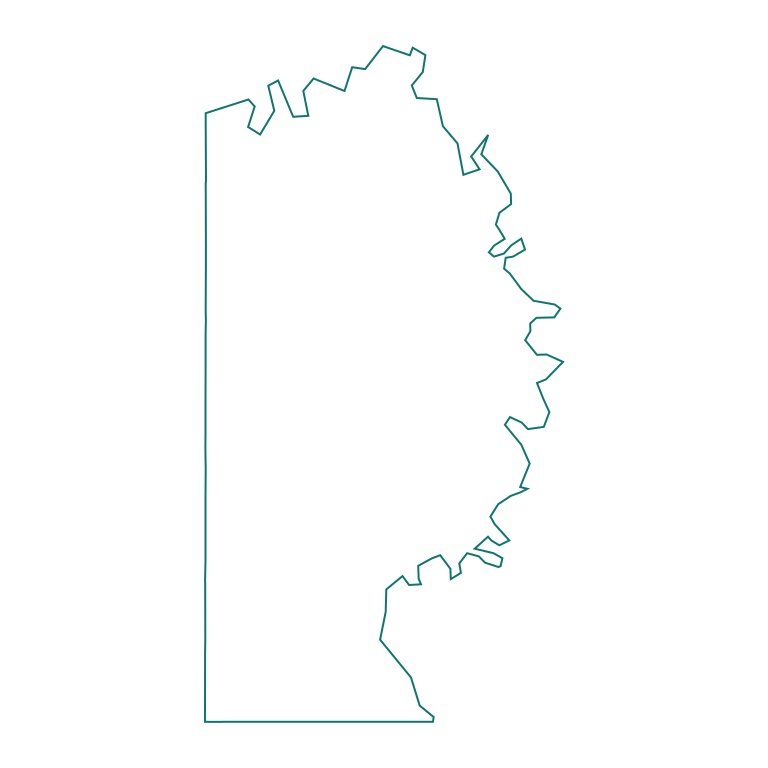 Miller, Arkansas, United States of America
{"feature_id": "52423323B19087014841162", "entity_name": "Miller", "entity_type": "district", "adm_level": 2, "iso_a3": "USA", "parent_name": "United States of America", "parent_adm1": "Arkansas", "projection": "albers", "projection_center": [-93.844, 33.315], "detail": "fine", "context": "isolated", "style": "outline", "palette": "teal", "viewbox_px": 768, "rotation_deg": 0, "n_neighbors": 0, "source": "geoboundaries", "source_scale": "gbopen_adm2", "svg_char_len": 1851}
<svg xmlns="http://www.w3.org/2000/svg" viewBox="0 0 768 768"><path d="M423.7,721.8L432.9,721.8L433.7,717.1L419.7,705.6L411.0,677.5L380.1,639.7L385.7,611.8L386.3,589.4L402.5,576.1L409.1,585.0L421.0,584.3L418.7,578.9L418.2,565.8L431.8,558.4L440.2,555.2L450.4,568.8L450.8,579.1L460.9,572.9L459.3,563.4L467.1,553.2L478.9,556.4L485.1,562.7L498.4,567.0L500.6,566.1L502.4,558.2L493.5,553.2L474.7,548.7L488.0,536.7L491.5,540.6L499.3,545.3L509.3,540.4L494.6,524.1L490.4,516.6L498.2,504.2L510.7,495.9L520.8,492.2L527.4,488.8L520.2,487.0L529.7,463.6L521.3,444.7L504.9,424.8L510.0,417.1L521.8,422.6L527.9,429.1L543.8,426.9L549.4,412.1L543.3,398.8L537.0,383.0L546.0,379.4L563.0,361.9L546.6,354.5L536.9,354.8L525.2,340.2L530.4,331.1L530.2,323.5L536.4,317.8L554.3,317.4L560.4,308.6L554.7,304.5L533.6,300.8L521.3,289.1L509.8,273.5L504.1,268.7L505.7,257.8L513.1,256.6L525.0,249.6L521.3,238.6L511.2,245.4L503.9,253.6L493.9,256.6L488.9,252.3L494.2,245.5L504.7,238.8L499.3,229.7L495.9,224.6L499.4,212.8L511.1,204.1L510.8,193.6L497.7,171.4L481.3,154.3L488.2,134.9L471.2,156.5L479.6,169.3L463.4,174.8L457.5,143.4L442.9,126.2L436.8,99.2L416.8,98.0L411.8,85.5L422.8,72.0L425.4,55.1L412.7,47.7L409.8,55.3L383.0,46.1L365.1,69.1L352.2,67.2L344.5,91.0L313.6,78.5L303.3,90.9L308.3,115.8L293.2,116.8L278.1,80.5L268.3,85.7L274.3,110.8L260.1,134.5L248.1,127.0L254.7,106.5L248.4,99.5L205.7,113.2L205.7,114.2L205.7,124.6L206.0,180.8L205.8,182.9L205.7,183.1L205.8,206.8L205.9,246.2L205.9,251.6L205.9,264.0L205.7,303.2L205.7,312.5L205.9,320.0L205.6,334.2L205.6,341.8L205.6,347.2L205.6,366.4L205.5,403.5L205.5,434.1L205.4,445.9L205.5,458.2L205.7,467.7L205.5,498.0L205.5,512.4L205.5,515.7L205.5,560.7L205.1,579.9L205.2,586.0L205.2,590.9L205.3,637.9L205.1,653.0L205.0,721.8L206.5,721.8L211.8,721.9L219.3,721.9L222.7,721.8L423.7,721.8Z" fill="none" stroke="#0f766e" stroke-width="2"/></svg>